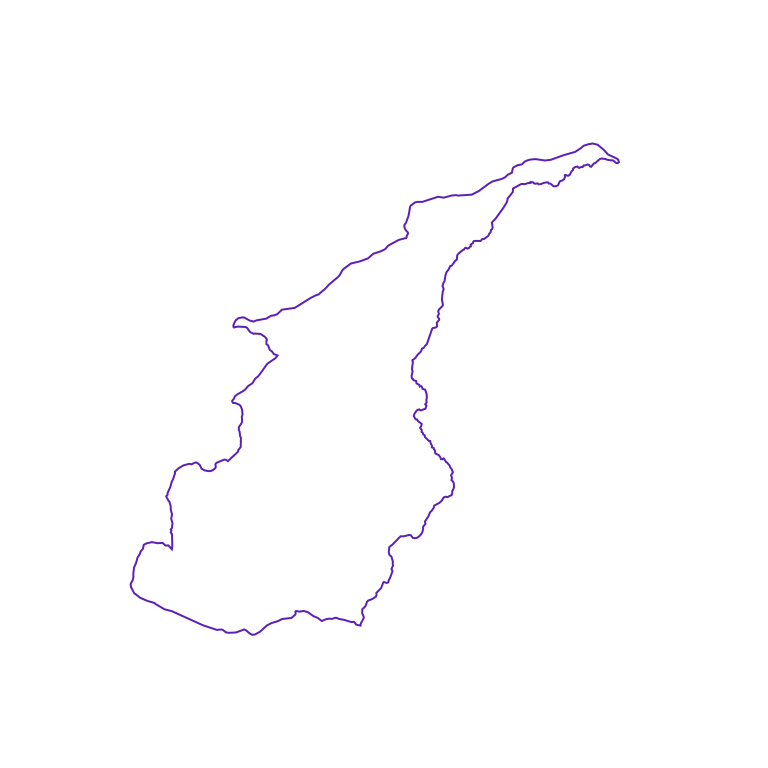 La Salina, Casanare, Colombia, rotated 44°
{"feature_id": "7082276B42027668960316", "entity_name": "La Salina", "entity_type": "district", "adm_level": 2, "iso_a3": "COL", "parent_name": "Colombia", "parent_adm1": "Casanare", "projection": "natural_earth1", "projection_center": [-72.339, 6.211], "detail": "fine", "context": "isolated", "style": "outline", "palette": "violet", "viewbox_px": 768, "rotation_deg": 44, "n_neighbors": 0, "source": "geoboundaries", "source_scale": "gbopen_adm2", "svg_char_len": 6117}
<svg xmlns="http://www.w3.org/2000/svg" viewBox="0 0 768 768"><g transform="rotate(44 384 384)"><path d="M434.7,676.9L437.5,673.6L438.7,672.9L442.9,672.4L445.3,670.7L450.1,665.6L454.0,657.6L456.4,656.9L459.6,656.9L463.2,656.1L465.1,654.0L466.9,648.4L467.5,638.9L469.1,634.2L472.6,627.9L473.9,623.9L479.9,616.6L480.4,611.6L479.9,610.5L478.3,609.2L478.4,608.4L481.5,606.3L483.9,603.0L487.9,601.0L494.9,599.9L498.7,598.3L503.9,597.7L505.9,593.0L507.6,590.8L509.8,589.1L511.2,586.2L512.6,585.0L514.8,584.3L519.1,581.4L526.0,577.9L527.7,575.9L531.1,576.4L534.9,574.2L533.7,572.4L532.0,566.4L530.5,565.2L527.5,564.1L524.9,561.1L524.9,556.4L523.1,552.6L523.0,551.0L525.0,546.6L525.9,542.6L525.2,541.0L523.6,539.5L523.7,532.8L521.4,527.4L521.5,526.5L524.2,525.2L524.8,523.7L523.5,521.3L523.2,519.7L520.6,513.7L520.0,512.6L517.8,511.8L516.6,508.2L514.9,507.1L514.0,505.8L509.5,503.1L506.5,503.1L505.5,502.5L504.1,501.5L501.1,497.5L501.6,493.3L501.7,482.1L504.1,479.7L507.1,474.9L508.4,474.2L511.7,474.6L513.4,473.4L514.7,471.5L515.1,469.1L515.1,466.5L514.6,464.2L513.1,461.4L511.2,459.4L511.1,456.0L509.0,454.5L507.8,448.2L506.2,444.0L506.4,442.4L505.7,438.4L504.6,436.6L506.4,431.1L506.6,427.5L505.9,425.5L505.9,423.5L506.6,422.3L508.4,421.1L509.2,418.0L509.9,417.2L509.1,415.3L507.3,413.4L507.0,411.6L506.1,409.7L503.3,407.0L501.5,406.3L499.2,406.2L498.2,404.3L495.6,403.0L494.9,399.6L491.7,398.2L489.5,398.0L488.0,397.1L483.7,396.7L482.8,397.1L479.1,396.0L478.4,396.3L478.2,397.7L477.2,398.5L475.5,397.6L472.8,397.1L469.1,398.3L466.7,396.4L465.4,396.3L464.2,395.5L462.4,396.3L461.4,395.1L458.3,394.0L456.8,392.9L455.5,393.8L450.3,393.7L448.8,392.6L447.4,393.0L446.1,392.3L444.2,392.3L443.2,390.9L440.4,390.4L439.9,388.2L438.8,386.5L434.1,387.1L432.6,386.5L431.7,387.2L430.3,387.2L427.7,386.4L426.6,384.3L426.0,381.1L426.1,379.3L427.1,377.7L428.1,377.8L428.9,377.3L431.0,372.9L429.5,370.0L427.7,369.9L427.5,367.6L425.6,366.1L424.1,363.8L421.6,361.6L417.6,359.5L415.1,360.7L412.9,359.6L412.2,359.8L411.5,361.0L410.1,360.1L407.0,361.0L405.0,359.5L402.5,360.8L401.6,360.3L400.3,360.6L398.2,359.1L395.7,354.9L393.7,353.8L389.5,348.1L388.2,347.5L387.8,346.8L388.3,345.7L388.5,343.0L387.9,340.3L388.0,335.0L386.8,332.1L387.4,330.4L387.0,327.8L387.2,325.7L380.3,310.9L380.3,309.8L382.0,307.4L382.2,305.9L379.4,303.1L379.1,299.5L378.3,298.8L376.0,298.4L375.4,297.7L374.8,295.4L372.3,293.9L371.8,291.8L371.9,287.7L371.4,286.1L366.8,282.9L362.1,276.7L360.9,274.2L358.0,272.8L356.7,270.4L356.1,267.9L352.8,263.3L351.4,260.5L350.8,256.1L349.7,253.3L350.5,251.7L349.7,246.5L349.9,243.8L347.3,240.6L347.0,238.8L347.6,232.9L348.1,232.0L347.9,229.7L348.4,229.0L349.9,228.7L350.7,227.4L350.4,225.7L350.9,224.7L349.5,223.5L350.1,220.9L349.4,219.7L349.4,218.5L354.1,214.0L354.0,211.2L355.3,210.1L356.1,205.0L355.4,203.1L355.1,200.4L354.1,199.1L354.2,197.7L353.5,196.0L349.4,192.8L349.4,187.6L347.5,174.4L346.2,168.3L344.9,165.7L344.1,165.0L343.3,156.4L341.0,153.8L343.8,144.8L346.7,142.1L347.8,139.8L349.2,138.1L349.0,137.2L349.8,137.2L349.9,136.2L351.6,135.2L352.5,135.5L354.1,134.5L354.9,133.1L356.5,132.9L357.8,131.5L359.3,128.3L361.2,125.6L362.1,125.1L363.1,125.4L363.9,124.6L365.6,124.1L368.6,124.0L370.3,122.3L371.1,120.2L369.7,116.1L371.0,113.5L371.3,111.6L370.4,109.3L369.0,108.2L369.4,107.5L371.8,106.4L372.3,104.3L371.2,100.9L371.2,98.6L370.4,97.8L370.6,95.6L371.9,93.3L374.2,93.1L375.0,91.1L376.2,89.9L375.8,88.2L377.0,86.8L378.0,84.6L379.6,84.0L381.1,84.4L382.1,83.9L381.8,79.7L382.5,78.0L383.0,72.2L383.8,70.8L386.8,68.4L388.5,67.8L391.3,65.9L393.3,64.1L397.6,63.7L398.7,62.8L398.9,61.3L398.3,60.9L396.7,60.0L394.9,60.1L385.8,63.3L379.3,62.9L371.4,63.5L367.0,66.1L364.2,70.0L362.1,74.0L361.7,77.9L360.3,84.2L354.1,94.9L348.3,106.8L344.5,111.4L336.7,117.0L333.3,121.0L331.3,124.5L330.7,126.9L330.7,130.1L328.2,133.7L326.8,137.6L326.7,139.1L329.2,143.2L327.7,147.4L327.5,151.2L326.3,154.6L321.3,163.0L320.2,167.2L318.2,179.2L315.6,186.8L306.6,196.8L304.5,198.2L301.6,201.6L297.5,208.5L292.8,211.8L285.1,226.3L281.3,230.0L280.1,232.1L279.3,237.0L279.8,238.6L284.9,246.1L287.9,253.0L288.2,255.3L289.1,256.5L290.6,257.5L292.6,258.2L295.9,258.4L296.9,259.4L297.5,261.8L298.5,262.9L298.5,263.6L294.6,269.9L291.7,278.8L290.8,282.1L291.2,285.5L290.8,287.3L289.3,291.2L285.8,297.8L285.2,304.8L281.5,312.5L276.5,320.3L275.0,329.3L275.1,331.3L276.4,335.9L276.6,339.0L275.4,350.7L275.5,358.1L275.1,359.8L274.8,364.9L273.2,368.0L271.4,373.2L266.9,391.3L259.0,401.4L258.7,407.8L258.2,409.1L257.5,410.6L255.3,413.4L254.0,418.6L248.0,426.9L246.8,429.7L243.4,431.6L237.3,433.3L235.9,434.4L233.5,437.9L233.1,441.3L234.5,445.7L235.6,447.2L236.7,447.6L239.1,444.1L244.8,439.2L246.2,438.7L251.3,439.6L252.8,439.3L255.6,438.3L256.2,437.2L260.6,433.7L265.8,432.8L268.6,433.2L269.2,433.7L269.5,434.8L271.7,437.0L273.7,436.7L278.1,438.8L280.9,438.4L284.0,439.0L287.6,437.4L288.0,440.7L286.0,450.3L288.2,465.8L287.6,469.6L288.8,474.7L287.7,480.0L288.0,484.3L287.5,487.2L285.5,494.1L285.4,496.6L286.3,499.0L286.4,501.4L287.0,502.1L288.7,502.4L290.5,500.9L294.4,499.4L296.0,499.4L299.7,501.0L303.3,504.1L304.6,506.5L307.7,509.2L308.8,511.3L309.5,515.8L311.4,517.8L313.2,518.6L316.9,521.6L318.5,522.1L324.7,528.9L325.1,532.8L325.8,533.6L326.0,534.6L325.3,547.9L322.9,548.3L321.5,549.5L318.2,557.2L318.5,558.9L320.5,560.4L321.1,561.7L320.9,564.3L319.9,566.8L318.4,568.5L315.1,570.7L313.0,571.3L311.5,571.6L307.7,570.2L303.8,570.6L302.7,571.8L301.4,575.3L299.3,576.8L296.2,582.0L294.8,587.1L294.5,591.9L294.7,592.7L295.6,593.2L298.5,599.2L299.2,601.8L301.7,606.2L304.0,612.6L305.2,614.1L305.3,616.1L309.8,617.6L311.3,617.7L315.4,620.0L318.1,622.7L322.2,625.1L324.5,628.8L328.4,630.9L331.4,634.7L331.7,636.8L332.7,636.9L333.9,639.0L335.9,639.3L344.7,648.1L346.2,650.3L341.1,649.9L339.0,652.0L335.1,652.1L331.8,655.7L326.9,659.0L323.9,663.5L322.9,666.6L325.1,670.0L325.2,673.4L326.6,676.3L327.3,680.1L330.0,685.0L331.7,689.7L335.6,694.8L337.8,696.8L339.7,700.1L340.2,702.6L341.0,704.1L342.8,705.7L349.5,708.0L357.3,707.1L364.5,704.4L371.1,700.9L372.4,701.0L382.7,698.5L389.2,694.8L421.7,683.2L434.7,676.9Z" fill="none" stroke="#5b21b6" stroke-width="2"/></g></svg>